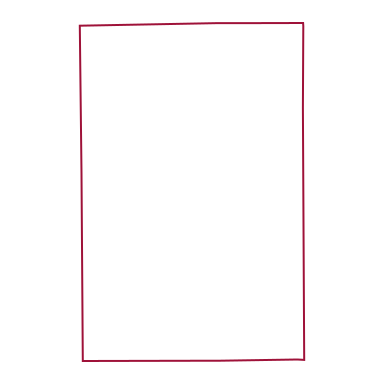 outline of Huntington, Indiana, United States of America
{"feature_id": "52423323B21091538173967", "entity_name": "Huntington", "entity_type": "district", "adm_level": 2, "iso_a3": "USA", "parent_name": "United States of America", "parent_adm1": "Indiana", "projection": "albers", "projection_center": [-85.437, 40.829], "detail": "fine", "context": "isolated", "style": "outline", "palette": "rose", "viewbox_px": 384, "rotation_deg": 0, "n_neighbors": 0, "source": "geoboundaries", "source_scale": "gbopen_adm2", "svg_char_len": 263}
<svg xmlns="http://www.w3.org/2000/svg" viewBox="0 0 384 384"><path d="M302.9,107.7L303.3,26.1L303.1,23.0L260.8,23.1L218.7,23.1L79.8,25.7L81.5,173.3L82.8,361.0L221.1,360.7L297.4,359.5L304.2,359.9L302.9,107.7Z" fill="none" stroke="#9f1239" stroke-width="2"/></svg>